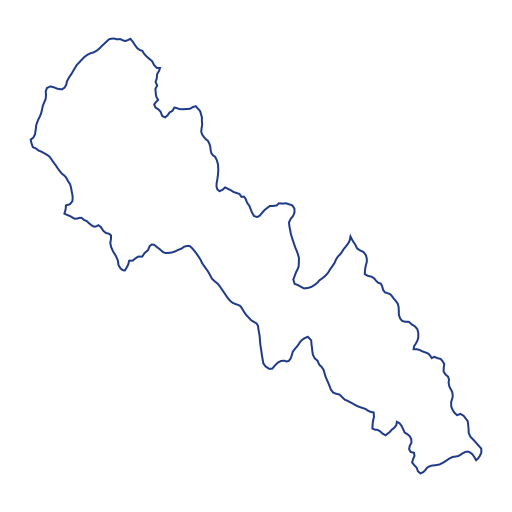 Chapada do Norte, Minas Gerais, Brazil (Equal Earth projection)
{"feature_id": "56859067B97851248273479", "entity_name": "Chapada do Norte", "entity_type": "district", "adm_level": 2, "iso_a3": "BRA", "parent_name": "Brazil", "parent_adm1": "Minas Gerais", "projection": "equal_earth", "projection_center": [-42.387, -17.157], "detail": "fine", "context": "isolated", "style": "outline", "palette": "blue", "viewbox_px": 512, "rotation_deg": 0, "n_neighbors": 0, "source": "geoboundaries", "source_scale": "gbopen_adm2", "svg_char_len": 5908}
<svg xmlns="http://www.w3.org/2000/svg" viewBox="0 0 512 512"><path d="M130.4,38.8L127.5,40.3L125.1,41.0L122.7,40.3L120.3,39.1L116.9,39.3L114.4,38.6L111.9,38.6L109.0,39.3L106.3,41.8L104.1,43.9L101.8,46.0L99.7,48.2L97.3,50.3L93.8,52.3L90.4,53.3L87.4,54.8L84.5,56.9L82.1,59.3L79.7,61.9L76.9,64.8L75.2,67.6L73.6,70.2L71.6,73.7L69.0,77.5L67.0,81.2L66.3,84.6L64.6,87.6L61.8,89.4L57.6,88.8L54.1,87.4L50.5,86.4L46.9,88.0L45.7,91.6L46.0,95.0L45.6,99.2L44.2,102.4L42.8,105.9L42.0,109.7L41.2,113.0L40.1,115.9L38.7,118.7L37.0,122.6L36.2,125.4L35.7,129.8L35.0,134.3L33.3,137.7L30.7,139.6L31.4,142.9L32.8,147.1L35.8,148.4L38.5,150.5L41.5,151.7L45.1,153.7L47.6,155.2L49.6,156.8L51.2,159.0L53.3,162.1L55.8,165.4L57.3,167.7L59.3,170.6L61.9,173.7L64.1,175.4L66.0,177.3L67.8,180.8L70.1,184.3L71.0,187.5L71.7,191.4L72.3,194.5L72.7,197.3L72.4,201.1L69.9,204.2L66.0,205.4L65.6,209.5L64.4,213.6L67.5,215.1L70.1,216.1L72.3,217.4L74.5,218.7L76.7,218.7L79.3,217.9L81.7,217.9L84.1,220.0L86.9,221.2L88.8,223.1L91.1,224.9L93.4,226.5L95.8,226.5L98.4,225.2L100.9,227.1L103.1,230.6L105.9,233.0L109.2,233.8L111.0,235.4L111.0,238.7L110.3,242.9L111.1,247.0L113.1,251.5L115.9,256.0L117.9,260.6L118.5,265.1L120.5,268.4L122.6,270.1L124.8,270.5L126.3,268.2L128.1,264.8L129.2,260.7L132.7,260.6L135.5,258.3L138.2,256.6L142.2,256.6L144.4,253.3L148.1,250.0L149.7,246.1L151.7,244.5L154.2,244.8L156.8,247.0L159.1,248.7L161.1,250.4L162.9,252.0L165.4,253.0L168.3,252.9L171.4,252.6L174.9,251.5L177.9,250.0L181.7,248.5L184.3,246.6L187.5,245.9L189.8,246.1L192.3,248.4L194.5,251.0L196.4,253.5L198.6,256.7L200.6,259.8L202.0,263.0L203.7,265.4L205.8,268.4L208.1,271.6L210.1,275.2L211.9,278.6L214.8,281.4L217.8,283.8L219.9,286.4L222.0,289.6L224.7,293.5L227.1,297.1L230.1,300.8L232.7,302.9L235.7,304.1L238.4,305.0L240.5,306.2L242.1,308.6L244.1,312.0L246.4,315.2L248.7,317.6L251.2,320.3L253.9,321.9L256.6,323.5L258.0,325.9L258.4,329.0L258.9,332.0L259.6,335.5L259.9,339.9L260.4,345.1L261.3,350.8L261.9,355.2L262.6,359.2L263.3,363.3L265.4,366.3L269.1,368.8L272.2,368.7L275.0,365.4L277.7,362.7L280.9,361.0L284.2,360.7L286.6,361.5L288.9,360.8L290.8,358.2L291.9,354.9L292.7,351.8L294.9,348.9L297.9,345.4L300.5,341.4L302.7,339.4L304.7,338.1L307.9,336.8L311.2,340.4L311.5,344.6L312.0,347.7L312.3,351.1L312.9,354.7L314.6,358.2L317.5,360.7L319.2,364.6L321.5,366.8L323.7,370.1L324.6,373.5L325.7,377.1L327.6,381.4L329.5,385.9L330.9,389.7L333.2,392.6L335.7,393.6L339.6,394.6L342.5,397.5L344.7,399.6L347.3,400.7L349.5,401.9L352.6,403.5L356.3,405.6L359.2,406.9L362.0,407.8L365.4,408.9L367.9,410.6L370.6,411.9L373.6,412.4L374.0,416.8L373.1,420.5L372.6,424.3L372.4,428.5L374.8,429.6L377.6,429.9L380.2,431.4L382.3,433.4L385.5,435.3L389.3,432.4L391.9,429.6L394.5,427.5L396.3,425.1L396.9,421.8L399.6,423.3L401.6,426.0L403.3,429.5L404.6,432.5L407.2,434.1L409.7,436.1L411.3,439.2L411.4,442.9L409.8,445.6L409.1,449.2L410.7,452.0L414.0,452.8L414.5,455.9L413.0,459.2L412.1,462.5L414.4,465.3L416.7,467.8L417.9,471.2L420.4,473.4L423.3,472.1L425.5,469.8L427.1,467.7L429.5,466.3L431.8,465.6L435.6,465.2L439.5,464.5L442.2,463.1L444.7,461.7L446.8,460.3L449.4,458.5L452.8,456.9L456.1,456.5L458.6,455.9L460.6,454.7L462.8,453.2L465.3,452.0L467.9,451.5L470.1,452.5L472.3,454.2L474.3,457.0L476.1,460.2L478.0,458.5L479.7,456.1L481.3,452.8L481.3,448.7L479.0,446.1L476.2,442.9L473.3,439.7L470.4,436.7L468.7,433.0L468.6,429.5L468.2,425.0L467.7,421.2L465.8,418.6L463.5,415.7L460.4,413.9L457.1,415.2L454.4,412.7L452.7,410.0L451.3,406.8L451.1,402.3L452.7,396.8L452.5,393.1L451.4,390.3L449.5,386.9L448.6,382.9L449.0,379.7L448.1,376.7L445.5,374.5L443.6,371.5L443.7,367.8L444.3,364.1L442.6,361.2L440.6,358.9L437.6,358.2L434.3,356.8L431.7,358.1L430.0,355.4L428.3,353.6L425.6,352.5L422.2,351.3L419.5,349.9L417.0,349.3L413.6,349.2L414.1,346.2L415.8,343.6L417.4,340.6L418.3,337.3L418.3,333.3L417.4,329.2L414.9,326.3L411.9,324.5L408.9,321.9L404.2,321.6L401.9,320.7L400.2,318.5L398.9,315.1L398.8,311.1L398.6,307.0L397.7,303.6L395.7,300.8L393.8,298.7L392.2,296.5L390.5,294.4L387.7,293.2L385.0,292.4L383.2,290.1L382.2,286.4L380.8,283.6L378.2,282.8L376.0,280.7L374.2,278.4L371.6,276.7L368.0,275.9L364.8,274.2L365.0,270.2L365.7,265.7L366.8,261.9L366.8,258.7L365.9,255.2L363.5,252.0L360.0,250.4L357.1,248.4L355.2,244.6L352.4,240.3L350.5,236.5L349.7,240.4L348.2,243.4L346.0,246.3L343.6,249.2L341.0,253.4L337.8,256.7L335.9,259.7L334.6,262.8L332.4,266.2L330.3,269.0L328.1,272.7L325.6,275.5L322.6,278.1L319.5,280.2L317.5,282.6L314.6,284.9L311.4,286.9L307.8,288.0L303.9,288.4L301.3,287.0L298.0,285.1L294.6,283.8L293.3,279.5L294.7,275.9L296.2,271.9L297.7,269.0L298.7,266.2L298.9,261.1L298.9,257.8L297.9,254.2L296.9,251.4L295.5,248.1L294.1,244.1L292.3,238.7L290.9,234.1L290.2,230.1L289.4,226.5L289.0,222.3L290.8,218.7L293.0,216.1L294.5,212.4L294.4,208.6L292.3,205.4L288.9,204.2L286.0,203.3L282.5,203.6L278.9,203.3L276.6,205.5L272.5,206.0L269.9,206.0L267.4,207.8L264.6,210.0L262.3,212.6L259.7,215.7L257.1,217.1L254.0,216.0L251.9,212.4L250.5,208.8L249.3,205.7L247.1,202.8L245.6,198.8L243.9,196.6L241.5,196.9L239.5,194.0L236.4,192.9L233.7,192.1L231.1,190.4L227.9,188.8L225.0,187.4L222.7,189.7L219.5,191.2L217.4,189.5L216.5,186.6L216.6,183.3L217.3,179.6L217.9,175.4L218.3,170.3L218.0,164.6L216.8,160.1L215.1,156.8L213.1,155.4L211.4,153.3L210.6,150.0L210.3,146.8L209.5,144.0L207.9,140.8L205.9,139.3L203.9,137.0L202.2,134.6L201.2,131.7L201.6,128.1L202.2,124.8L201.9,121.1L201.9,117.4L201.1,114.5L200.1,111.1L197.9,108.6L195.8,106.2L193.0,107.0L190.0,108.8L186.9,109.0L183.4,109.2L179.9,109.2L177.3,108.3L174.4,107.5L172.4,110.9L169.7,112.3L167.7,115.2L165.1,117.4L162.2,116.0L160.5,111.6L158.5,109.5L155.5,107.5L154.2,104.4L155.9,102.1L158.1,99.9L156.3,96.8L155.7,92.8L155.4,88.8L157.2,85.6L155.6,82.0L156.8,78.2L157.1,74.2L159.1,70.8L160.0,68.0L156.8,67.9L154.1,65.1L152.2,61.3L149.7,59.2L146.6,56.5L144.0,53.6L142.3,50.8L139.5,49.9L137.0,47.9L134.7,44.7L132.9,41.9L130.4,38.8Z" fill="none" stroke="#1e3a8a" stroke-width="2"/></svg>